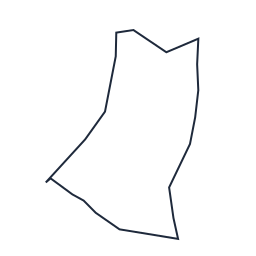 Jung-gu [Central District], Seoul, South Korea (Equal Earth projection), rotated 101°
{"feature_id": "91817680B29418542168397", "entity_name": "Jung-gu [Central District]", "entity_type": "district", "adm_level": 2, "iso_a3": "KOR", "parent_name": "South Korea", "parent_adm1": "Seoul", "projection": "equal_earth", "projection_center": [126.998, 37.546], "detail": "fine", "context": "isolated", "style": "outline", "palette": "slate", "viewbox_px": 256, "rotation_deg": 101, "n_neighbors": 0, "source": "geoboundaries", "source_scale": "gbopen_adm2", "svg_char_len": 412}
<svg xmlns="http://www.w3.org/2000/svg" viewBox="0 0 256 256"><g transform="rotate(101 128 128)"><path d="M26.9,76.0L46.3,104.8L45.6,106.5L30.8,141.4L36.6,157.7L60.0,153.7L116.3,153.7L147.4,167.9L197.1,198.3L192.2,194.4L203.8,169.9L207.7,157.7L217.4,143.5L229.1,117.0L227.3,57.7L207.7,66.2L178.5,76.3L131.9,64.1L104.7,64.1L77.5,66.2L52.2,72.3L26.9,76.0Z" fill="none" stroke="#1e293b" stroke-width="2"/></g></svg>